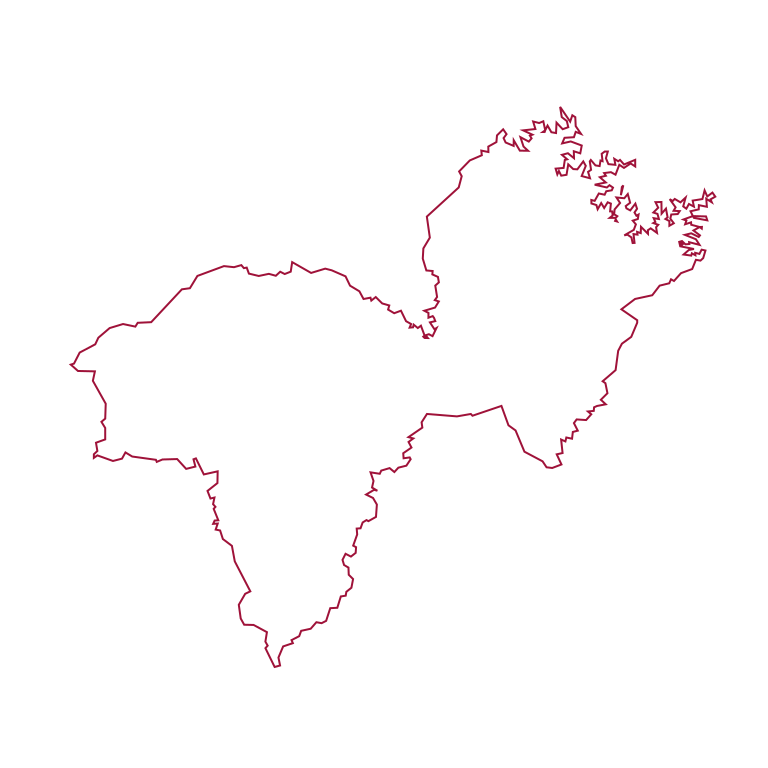 outline of Ponta Porã, Mato Grosso do Sul, Brazil, rotated 95°
{"feature_id": "56859067B33794589562387", "entity_name": "Ponta Porã", "entity_type": "district", "adm_level": 2, "iso_a3": "BRA", "parent_name": "Brazil", "parent_adm1": "Mato Grosso do Sul", "projection": "orthographic", "projection_center": [-55.695, -22.2], "detail": "fine", "context": "isolated", "style": "outline", "palette": "rose", "viewbox_px": 768, "rotation_deg": 95, "n_neighbors": 0, "source": "geoboundaries", "source_scale": "gbopen_adm2", "svg_char_len": 6109}
<svg xmlns="http://www.w3.org/2000/svg" viewBox="0 0 768 768"><g transform="rotate(95 384 384)"><path d="M332.2,347.8L322.7,352.3L325.3,355.2L322.3,359.6L325.0,360.0L325.6,363.4L321.9,362.2L319.5,367.5L309.5,373.5L312.6,380.0L309.5,386.4L305.3,385.6L303.9,392.8L298.1,399.8L302.0,403.9L299.2,405.0L301.1,411.8L293.8,416.6L289.0,426.4L280.1,431.7L275.3,446.0L274.2,452.6L279.7,466.3L270.6,486.1L280.2,486.7L283.1,492.5L281.2,497.2L285.6,501.2L284.3,508.3L287.3,518.2L285.8,528.2L280.0,530.9L280.8,533.7L278.0,536.5L280.7,543.6L280.5,553.7L292.6,579.3L305.5,585.7L307.3,593.6L342.7,621.3L344.5,634.7L348.5,636.7L347.0,649.2L352.2,662.2L362.8,672.6L369.6,675.1L379.2,689.9L390.7,694.6L392.0,697.7L397.7,690.0L396.6,673.1L406.2,674.3L427.9,659.5L442.8,658.7L446.3,662.2L452.1,657.9L463.5,656.9L467.6,665.8L475.7,663.7L479.3,666.9L482.9,666.6L480.1,663.3L484.3,647.3L481.2,638.5L474.7,635.6L478.2,628.5L479.4,604.6L481.4,603.6L478.5,598.1L476.8,583.5L485.8,573.7L482.7,564.7L475.6,567.2L474.5,564.9L489.8,555.6L485.5,542.1L497.2,541.3L505.9,550.5L513.2,546.9L511.9,543.0L518.6,543.8L521.1,541.2L523.2,542.8L534.2,537.2L534.8,540.8L538.2,542.0L537.5,537.5L543.7,539.0L544.2,534.5L552.5,531.0L558.5,521.4L573.7,517.2L602.2,499.1L605.1,504.0L616.6,509.4L630.1,506.3L636.0,502.3L635.4,492.9L641.4,479.0L651.0,479.7L654.8,477.1L657.5,479.1L675.4,468.3L673.5,463.0L665.7,465.3L654.2,461.6L650.1,452.2L647.2,453.8L642.6,446.5L637.1,445.0L634.2,435.7L627.2,430.6L627.7,425.3L625.0,421.0L612.0,418.0L611.0,411.0L599.4,408.5L598.2,403.7L594.3,403.4L589.8,398.7L581.0,397.8L577.1,402.5L570.0,403.4L567.8,408.0L562.8,410.0L556.5,407.5L558.8,401.9L554.7,397.5L549.0,397.6L547.7,400.6L536.2,397.6L530.4,398.6L529.8,394.8L523.8,393.2L521.1,389.6L522.0,387.6L517.1,380.4L504.7,380.6L498.5,385.0L495.7,392.2L490.3,384.7L490.9,381.3L488.2,386.9L481.5,386.0L473.2,389.7L473.8,380.4L470.5,379.2L467.3,371.1L470.8,366.0L466.1,362.4L463.4,354.6L456.6,350.9L454.9,352.0L456.3,358.0L451.3,358.8L444.9,351.1L439.6,354.5L435.7,350.1L434.8,355.0L424.1,342.0L418.9,343.2L410.1,338.6L409.9,308.5L406.3,294.9L407.9,293.1L395.6,265.1L414.3,256.4L418.8,248.9L439.2,238.2L447.2,219.3L452.8,214.8L453.0,209.1L448.7,200.2L439.0,205.8L437.2,200.1L423.9,202.7L425.4,198.3L421.4,197.7L422.1,191.9L415.3,191.7L413.6,186.9L406.4,191.4L402.5,189.0L402.3,179.5L396.1,174.9L393.6,178.4L392.5,172.7L388.9,172.7L387.3,169.8L384.9,161.3L380.8,166.6L373.7,160.6L363.9,163.5L362.2,166.4L350.0,154.5L330.5,153.6L323.1,150.5L315.5,141.8L300.9,137.1L298.4,137.3L288.9,154.0L277.4,141.3L272.2,124.5L262.0,118.0L258.8,108.6L254.7,107.2L256.1,104.1L247.7,97.8L242.6,87.0L233.1,84.1L233.5,79.5L230.8,77.0L223.0,75.4L222.5,79.3L226.9,81.1L226.2,85.4L228.6,85.0L227.0,88.7L229.3,89.1L228.9,96.8L223.9,92.0L222.5,87.0L221.0,100.9L216.7,102.3L215.6,99.6L218.6,95.9L217.9,92.0L216.1,92.4L217.9,81.8L212.6,85.9L209.2,97.2L207.1,91.1L210.1,83.3L208.4,82.2L204.1,89.1L200.1,83.2L198.6,91.8L196.2,92.2L198.6,97.9L194.8,97.0L194.0,100.0L189.8,90.9L185.2,93.7L182.6,85.7L178.4,85.9L179.3,77.8L171.4,79.1L174.4,73.3L171.6,74.8L168.5,70.3L164.7,73.5L169.0,78.3L163.2,81.5L172.0,82.9L174.4,92.5L180.3,90.7L178.1,95.9L183.0,98.1L181.0,101.4L172.0,99.8L177.2,104.5L174.3,110.5L176.5,112.3L175.0,115.5L182.6,108.9L186.2,110.6L186.0,104.5L189.1,106.2L190.1,112.6L194.3,113.2L198.6,109.3L201.5,113.5L196.8,113.9L195.1,118.0L193.3,116.0L184.7,118.4L190.1,122.3L178.5,123.5L179.2,129.4L184.5,126.2L189.7,130.6L190.7,126.4L195.7,124.5L195.3,129.8L198.9,127.8L200.2,129.7L201.5,124.7L204.1,126.6L209.7,125.2L205.7,131.9L207.8,134.5L211.4,134.1L205.0,141.7L211.3,141.4L210.4,145.1L213.1,144.5L212.9,148.5L221.6,146.7L221.9,148.6L216.4,150.3L214.0,154.5L215.0,157.6L208.7,148.6L203.0,147.0L199.6,150.4L197.5,145.5L193.0,145.2L194.4,147.2L191.3,149.4L187.4,147.2L182.4,149.3L189.6,153.8L187.9,157.8L185.7,158.7L182.0,154.6L173.5,157.7L178.0,160.8L177.9,168.7L183.1,164.6L190.0,169.5L194.9,169.5L196.5,166.2L198.3,167.6L198.8,173.6L196.2,170.9L192.2,171.7L192.3,173.8L184.5,173.7L183.5,177.0L189.5,180.0L184.8,183.4L191.3,186.4L187.2,188.0L186.1,193.1L182.6,193.5L183.2,190.1L175.5,186.6L176.2,180.7L172.6,179.4L171.2,174.0L168.4,173.0L166.3,176.7L168.8,179.1L167.1,191.5L163.9,180.6L159.2,187.0L157.2,181.1L154.7,183.1L153.2,176.4L155.3,171.6L145.1,168.7L147.8,163.8L142.8,157.5L145.4,152.7L138.8,153.3L144.4,164.0L140.2,168.4L141.7,170.1L139.6,174.2L145.5,172.6L145.4,179.6L139.8,182.6L132.9,181.3L133.2,184.4L135.7,187.2L143.0,185.7L142.5,187.8L148.1,188.2L147.8,192.4L142.8,197.5L144.3,198.4L152.6,196.4L154.9,199.2L161.1,196.7L159.6,205.2L149.1,202.0L144.9,204.9L153.3,210.1L153.4,214.2L149.1,219.6L159.7,220.4L161.0,225.6L156.6,228.3L160.1,229.6L154.5,231.8L153.1,223.9L145.0,223.4L144.2,221.1L140.2,226.7L138.1,220.9L142.5,214.4L135.6,215.2L137.1,208.6L129.2,207.8L126.1,219.1L128.8,227.5L123.0,225.6L121.6,216.3L116.1,215.0L117.7,209.5L110.4,215.5L101.5,216.7L99.9,219.8L106.4,221.4L92.6,232.7L102.6,230.2L106.1,224.8L112.1,222.8L114.6,228.2L108.6,234.9L119.0,234.5L118.6,239.2L112.3,243.6L117.2,245.5L108.4,248.2L110.5,252.2L109.5,258.3L116.8,255.4L119.2,267.5L122.7,257.9L123.9,260.3L126.4,258.4L129.9,260.9L126.2,269.6L135.3,265.7L139.1,260.8L139.7,269.0L129.9,276.0L135.5,275.6L132.8,283.9L128.6,286.3L124.4,283.7L119.9,287.5L126.5,293.1L133.2,293.1L138.4,300.8L143.8,300.2L143.0,307.4L147.6,306.5L153.8,318.0L165.7,327.7L170.2,324.7L181.7,326.7L213.5,355.9L234.2,351.1L245.5,356.6L255.7,356.3L267.2,351.7L267.2,345.4L270.6,345.4L272.6,339.6L278.0,338.2L281.5,341.5L292.7,338.7L296.0,340.7L297.0,336.6L303.4,339.8L307.5,350.2L309.3,345.9L314.1,345.5L312.1,341.4L313.8,339.9L316.9,338.4L318.6,343.6L325.1,338.5L323.7,336.6L332.1,339.8L330.5,343.6L332.2,347.8ZM332.2,347.8L333.2,345.5L334.4,344.3L334.6,347.6L333.4,349.0L332.2,347.8ZM201.8,166.0L201.4,168.0L199.8,167.5L201.8,166.0ZM117.2,245.5L118.9,245.9L119.1,247.7L117.2,245.5ZM189.8,90.9L191.5,89.7L192.8,76.2L189.0,77.8L189.8,90.9ZM167.0,164.2L175.3,164.5L165.3,162.9L167.0,164.2ZM219.8,99.5L218.2,98.1L217.6,100.1L219.8,99.5ZM200.1,83.2L201.5,81.0L199.8,81.0L200.1,83.2Z" fill="none" stroke="#9f1239" stroke-width="2"/></g></svg>